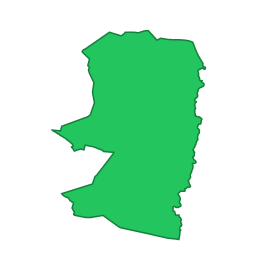 outline of Haut-Sassandra, Haut-Sassandra, Ivory Coast, rotated 192°
{"feature_id": "98640826B13622385448205", "entity_name": "Haut-Sassandra", "entity_type": "district", "adm_level": 2, "iso_a3": "CIV", "parent_name": "Ivory Coast", "parent_adm1": "Haut-Sassandra", "projection": "orthographic", "projection_center": [-6.803, 7.032], "detail": "fine", "context": "isolated", "style": "filled", "palette": "green", "viewbox_px": 256, "rotation_deg": 192, "n_neighbors": 0, "source": "geoboundaries", "source_scale": "gbopen_adm2", "svg_char_len": 5498}
<svg xmlns="http://www.w3.org/2000/svg" viewBox="0 0 256 256"><g transform="rotate(192 128 128)"><path d="M162.2,31.5L150.5,31.7L150.3,31.8L146.2,32.6L134.2,37.3L116.7,29.5L114.3,28.9L88.2,28.8L65.6,28.5L59.2,29.3L55.1,29.5L55.2,30.2L55.0,31.1L55.2,31.8L55.1,32.4L55.1,32.9L55.3,33.3L55.1,34.2L55.5,35.8L55.5,36.4L55.4,36.7L55.7,37.9L55.6,38.4L55.2,38.9L55.4,39.4L55.7,39.4L55.8,39.3L56.0,39.6L56.4,39.9L56.5,40.2L56.6,40.8L56.4,42.4L56.1,42.8L55.7,42.9L55.4,43.3L55.3,44.1L56.1,46.2L56.7,46.7L57.1,47.5L57.0,48.2L56.8,49.0L56.8,49.3L57.5,50.4L58.0,50.8L58.1,51.2L58.4,51.4L59.1,51.4L59.3,51.5L60.1,53.5L60.5,53.4L61.2,53.2L62.1,52.7L62.4,52.6L63.0,52.7L63.3,52.9L63.8,53.9L65.0,55.5L65.2,55.8L65.1,56.1L65.4,56.2L65.7,56.1L66.1,56.2L66.6,56.5L67.0,56.8L67.1,57.3L67.1,58.5L67.4,59.6L67.4,60.1L67.3,60.5L67.0,60.7L65.8,60.8L64.8,60.4L63.6,60.4L63.0,60.5L62.3,60.8L62.1,60.9L61.4,61.6L61.0,61.8L60.5,62.1L60.3,62.3L60.1,62.8L60.2,63.8L60.8,64.4L61.3,65.2L61.9,65.5L62.4,66.3L62.4,66.9L62.1,67.9L62.0,68.6L62.1,69.3L62.5,70.4L63.1,71.4L63.3,71.5L63.7,72.2L64.5,72.8L65.0,73.0L65.0,73.7L65.1,74.5L64.8,75.3L64.1,76.0L63.9,76.5L63.2,77.2L62.8,77.4L62.5,77.4L61.2,77.5L60.4,77.7L59.9,77.7L59.5,77.8L59.1,78.5L59.3,78.9L59.4,79.5L59.7,79.6L59.9,80.0L59.8,80.5L58.6,81.0L58.0,81.8L57.9,82.2L57.7,82.6L56.6,82.7L56.0,82.6L55.5,82.9L54.9,83.6L54.8,84.0L54.9,84.5L56.1,85.6L56.5,86.2L57.4,88.0L57.9,88.6L57.9,89.0L57.7,89.9L57.3,90.8L56.6,92.7L56.8,93.7L57.2,94.2L57.3,94.5L57.3,95.3L57.2,96.4L56.9,97.2L56.6,97.8L56.8,99.5L56.4,101.0L56.2,102.3L56.4,103.9L57.1,105.5L57.5,105.8L57.6,106.1L57.2,107.0L56.5,107.0L55.7,107.2L54.6,107.9L54.3,108.3L54.6,109.2L55.0,109.7L55.8,110.3L56.1,110.4L56.8,110.5L57.0,110.6L58.1,112.3L58.5,112.6L58.6,113.0L58.6,113.4L58.4,113.6L57.9,113.8L57.6,114.3L57.5,114.8L57.5,115.0L57.7,116.5L57.9,116.8L57.9,117.6L57.8,118.1L58.1,118.2L58.5,118.1L58.9,118.6L58.9,119.3L59.1,119.5L59.7,119.6L59.8,119.8L59.9,120.3L59.9,120.5L59.6,121.0L59.0,123.1L58.8,123.3L58.7,123.6L58.8,124.6L58.2,126.1L58.3,127.7L58.2,128.6L57.9,129.9L57.6,130.5L57.4,130.6L57.3,131.6L57.6,132.2L57.9,132.5L58.1,132.9L58.1,135.0L58.0,136.3L57.7,136.9L57.4,137.5L57.3,138.6L57.6,140.2L57.7,140.6L58.0,141.0L59.2,142.0L59.7,142.1L59.9,142.3L60.0,142.7L60.3,143.0L60.3,143.8L60.2,144.0L60.0,144.3L60.1,145.2L60.0,145.5L59.7,146.0L59.2,146.4L58.2,146.8L57.7,147.4L57.6,148.2L57.7,148.6L57.9,149.0L57.8,150.1L57.9,150.6L57.7,151.3L57.6,151.9L57.7,152.2L58.1,152.6L58.6,152.7L59.3,153.1L59.7,153.4L60.3,153.6L61.4,153.6L61.8,153.4L62.6,153.6L62.9,153.6L63.2,153.7L63.4,153.7L63.9,153.9L64.5,153.9L64.7,154.0L64.7,154.5L65.1,154.7L65.1,154.9L65.0,155.1L65.1,155.5L66.0,157.2L66.1,157.4L66.0,158.1L66.1,158.3L66.5,158.8L66.4,159.8L65.9,161.0L66.3,161.6L66.4,161.8L66.8,162.7L67.0,163.5L67.4,164.0L67.6,164.4L67.5,165.2L67.4,165.7L67.4,166.6L66.7,167.4L66.6,167.7L66.7,168.0L68.1,168.5L68.7,169.1L68.8,169.5L68.7,170.0L68.3,170.4L67.8,171.4L67.4,171.7L66.7,172.4L66.7,172.9L66.5,173.5L66.5,174.0L66.7,174.7L67.3,175.6L67.6,176.7L67.3,178.1L67.3,178.6L67.1,179.6L67.3,180.0L67.1,180.8L66.7,181.5L65.7,182.5L64.2,183.5L62.9,184.7L62.7,185.0L62.6,185.7L62.7,186.5L62.8,186.8L63.1,187.1L63.7,187.6L64.2,187.7L64.5,187.9L65.5,188.3L65.8,188.6L65.4,189.4L65.3,189.7L65.4,189.8L65.6,189.8L66.4,189.1L67.2,189.4L67.9,190.0L68.0,190.3L68.0,190.6L68.5,191.9L69.0,192.6L69.6,193.3L70.3,194.2L70.3,194.4L70.0,194.8L70.0,195.0L70.9,197.2L71.5,198.1L71.5,198.5L71.4,199.2L71.2,199.3L70.6,199.7L70.0,200.5L69.8,200.7L69.3,200.7L69.1,200.9L68.7,201.4L68.3,201.7L67.4,201.9L66.4,201.6L65.9,201.4L65.4,201.3L65.2,201.3L64.7,202.0L64.7,202.8L65.0,203.3L65.3,203.6L65.5,203.6L65.8,203.5L66.3,203.6L66.7,203.4L67.0,203.5L67.2,204.1L67.6,204.5L68.1,205.9L68.2,206.4L68.1,206.7L73.8,212.8L76.3,216.0L78.7,219.4L82.2,225.0L82.7,225.4L83.4,225.6L86.7,225.9L89.9,225.8L95.3,225.1L99.1,224.4L102.4,223.6L105.3,223.3L106.4,223.0L110.1,222.7L110.6,222.8L114.8,222.5L117.9,219.9L128.5,227.5L132.5,226.2L137.5,223.4L138.0,223.2L138.4,223.2L139.0,223.1L140.4,223.1L145.2,222.3L150.7,221.0L151.1,219.8L153.8,216.7L166.1,217.8L186.4,196.2L187.7,195.4L187.9,194.9L188.6,194.1L188.6,193.7L188.7,193.4L188.6,193.1L188.5,192.8L183.5,189.6L180.0,187.5L180.3,180.8L180.0,180.5L178.6,179.5L178.2,179.0L178.2,178.8L178.6,178.1L178.7,177.7L178.6,177.3L178.7,176.4L177.1,173.5L170.8,165.3L170.1,155.4L166.1,145.7L167.6,133.0L169.9,130.5L193.2,115.9L193.4,111.2L201.7,110.2L201.4,109.9L200.3,109.6L199.6,109.3L197.3,108.6L196.5,108.2L195.8,107.8L195.2,107.9L194.9,107.9L192.7,106.6L191.6,106.5L189.9,105.8L188.5,105.2L187.2,105.0L186.9,104.9L186.5,104.5L186.1,104.3L185.8,104.0L185.2,103.8L184.5,103.9L184.0,103.1L183.2,102.9L182.8,102.7L182.0,102.4L180.9,101.6L180.1,101.2L179.4,100.9L179.3,100.7L179.1,100.6L178.7,100.1L178.2,99.4L178.1,99.2L178.1,98.4L178.3,98.3L179.3,97.7L179.1,97.3L178.4,96.9L177.8,96.8L177.2,95.8L176.6,95.3L175.7,94.3L170.2,97.5L166.5,97.5L166.4,102.3L157.7,102.4L148.5,100.9L147.1,99.9L136.9,101.2L136.9,100.2L148.8,75.3L150.2,73.6L150.8,68.5L151.2,65.8L179.2,50.0L178.7,49.5L178.0,49.0L176.5,48.2L175.7,47.9L174.1,47.5L172.8,47.3L172.5,47.4L171.8,47.2L171.3,46.8L170.5,45.8L169.6,44.9L169.1,45.0L168.7,44.8L168.1,44.2L167.7,44.0L166.6,44.0L166.0,43.8L165.8,43.4L165.7,42.7L165.9,42.0L165.8,41.5L166.0,40.6L165.9,39.6L166.1,38.1L165.8,37.7L165.2,37.3L164.9,36.6L163.3,34.9L163.0,34.5L162.8,33.8L162.8,33.5L163.0,33.4L163.2,32.3L162.7,31.9L162.4,31.9L162.4,31.6L162.2,31.5Z" fill="#22c55e" stroke="#15803d" stroke-width="1.5"/></g></svg>